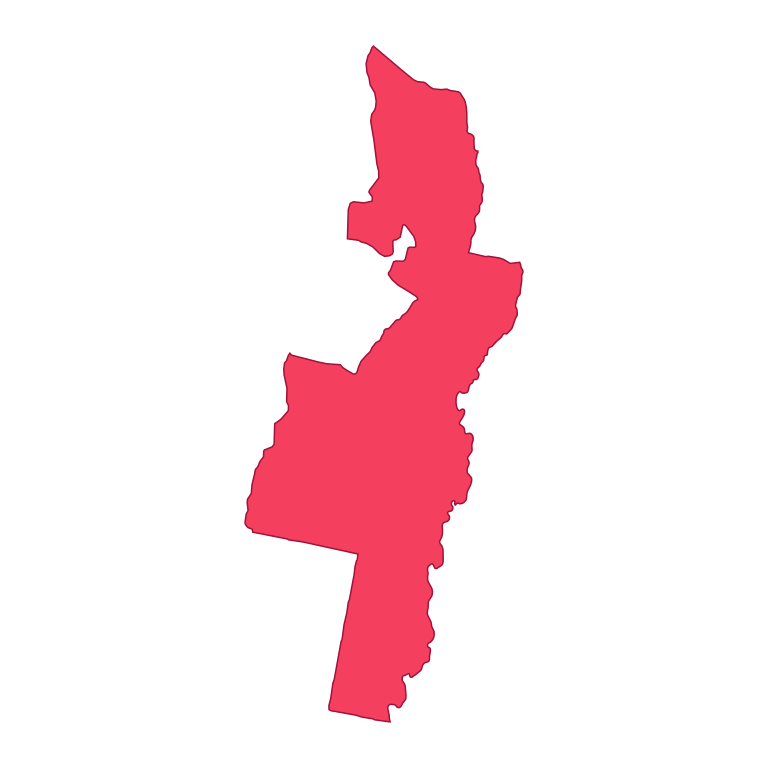 Patulul, Suchitepéquez, Guatemala (Natural Earth projection)
{"feature_id": "79465075B31102822949903", "entity_name": "Patulul", "entity_type": "district", "adm_level": 2, "iso_a3": "GTM", "parent_name": "Guatemala", "parent_adm1": "Suchitepéquez", "projection": "natural_earth1", "projection_center": [-91.15, 14.387], "detail": "fine", "context": "isolated", "style": "filled", "palette": "rose", "viewbox_px": 768, "rotation_deg": 0, "n_neighbors": 0, "source": "geoboundaries", "source_scale": "gbopen_adm2", "svg_char_len": 6097}
<svg xmlns="http://www.w3.org/2000/svg" viewBox="0 0 768 768"><path d="M390.1,721.9L389.4,718.6L389.0,714.3L387.8,708.9L387.8,707.4L388.2,705.9L389.3,704.7L390.1,704.4L391.6,704.3L394.3,704.7L395.5,705.1L397.0,707.1L398.1,707.6L399.5,707.5L400.6,706.8L401.1,706.1L402.9,702.9L405.4,699.6L405.9,698.4L406.0,695.1L405.2,685.9L404.6,684.1L402.5,680.9L402.3,679.9L402.2,678.1L402.6,676.5L403.5,675.7L405.6,675.1L408.1,673.7L409.2,673.9L409.7,675.8L410.3,677.0L411.3,677.3L412.2,677.1L416.6,673.9L420.6,670.5L421.4,669.3L422.6,665.2L423.7,663.7L424.6,662.9L427.7,661.9L428.7,661.3L429.4,660.1L429.6,655.7L430.3,651.8L430.4,649.8L430.2,648.5L429.3,647.6L428.3,647.2L427.5,646.2L427.6,645.0L427.9,643.6L429.2,642.7L430.3,642.3L431.9,640.7L433.0,639.1L433.9,636.9L434.2,634.2L434.1,632.0L433.8,630.9L431.8,626.7L431.0,622.0L427.7,615.2L427.3,613.5L427.4,611.2L428.1,607.6L428.3,602.4L428.6,601.2L429.1,600.2L431.9,595.8L432.4,593.3L432.5,591.5L432.1,589.3L431.5,587.8L428.5,582.4L427.7,580.3L427.6,576.5L428.0,573.7L428.0,572.5L427.5,570.0L427.7,567.6L428.7,566.1L429.7,565.2L431.0,564.2L432.0,563.8L433.1,564.5L434.6,567.6L435.2,568.5L436.5,568.6L440.9,565.8L442.2,564.6L442.7,563.6L443.2,561.1L443.0,549.6L442.6,547.9L441.9,546.1L440.0,543.5L439.7,542.3L439.8,540.9L441.7,537.0L442.5,533.7L442.5,529.3L442.2,525.8L442.3,524.8L442.9,523.5L444.0,522.4L447.3,521.4L448.4,520.6L449.2,519.5L449.5,517.8L449.5,516.4L448.0,514.1L447.5,512.7L448.5,511.6L451.2,511.0L452.2,510.2L452.7,509.3L452.9,508.0L452.8,506.8L451.6,505.0L451.4,504.0L451.5,502.7L452.1,501.5L453.1,500.8L454.2,500.7L454.9,501.5L454.6,504.1L455.2,505.0L457.2,503.2L458.4,503.2L459.7,503.8L461.7,503.5L462.7,503.2L463.8,502.5L465.1,501.2L466.0,500.1L466.5,498.7L466.9,493.2L467.5,491.2L470.5,485.2L471.6,481.3L471.7,479.3L471.5,478.0L469.5,475.3L467.5,473.2L467.2,472.2L467.1,470.4L467.2,468.8L469.0,464.0L469.1,463.0L468.8,461.3L468.2,460.3L467.6,458.7L467.8,457.1L471.7,451.6L472.1,450.0L471.8,445.4L472.1,443.3L473.1,440.5L473.2,438.0L472.9,436.5L472.2,435.0L471.1,433.8L469.5,433.2L466.5,433.8L465.5,433.7L464.8,432.5L464.4,429.0L463.5,427.2L461.5,425.5L459.6,424.3L459.4,423.1L459.7,422.2L463.2,416.4L464.0,414.7L464.6,411.9L464.5,410.4L463.8,409.4L462.7,409.1L461.5,409.4L459.5,410.8L458.4,410.3L457.5,408.9L456.7,407.1L456.0,403.0L456.1,398.4L456.5,396.6L457.3,394.3L459.0,392.0L460.3,391.5L461.2,392.5L462.4,393.1L464.3,393.2L466.2,392.8L467.2,392.3L467.8,391.6L468.8,388.8L469.1,386.4L470.2,384.5L471.3,383.5L472.4,383.0L473.0,381.8L473.3,380.4L474.2,379.6L476.5,379.4L477.5,378.8L478.1,377.6L478.8,375.4L478.9,373.7L477.2,370.4L477.0,369.6L477.3,368.2L478.4,367.5L479.7,366.2L481.3,363.1L483.3,361.0L483.7,360.1L484.1,356.5L484.9,355.6L486.0,355.4L487.2,354.8L487.9,349.9L488.6,348.2L489.4,347.4L491.8,346.5L492.4,346.0L496.6,341.3L500.1,338.4L501.8,336.5L503.0,334.4L504.0,333.6L506.5,333.9L507.3,333.4L511.5,328.9L512.3,327.6L515.3,318.8L517.2,315.3L517.3,313.5L516.8,308.7L515.9,307.5L515.6,306.0L515.6,304.9L517.4,297.3L519.8,294.6L520.1,293.6L520.5,289.2L521.7,280.9L521.7,275.5L522.9,272.3L523.0,271.2L522.5,269.8L521.7,268.6L521.1,267.3L520.6,264.6L519.7,262.3L510.3,263.4L503.5,259.4L499.6,258.0L488.5,256.3L485.5,256.6L468.5,252.7L470.6,245.3L470.9,242.6L470.9,240.1L471.5,237.7L473.5,234.6L475.1,231.2L475.6,228.3L475.6,225.8L474.6,221.2L474.6,218.7L474.9,217.3L475.6,216.2L478.1,213.4L478.9,212.2L479.5,210.9L479.6,209.5L479.6,205.8L480.0,205.0L481.4,203.1L482.3,200.8L482.2,197.7L481.8,195.1L481.9,193.9L482.6,192.4L482.8,191.1L483.2,187.0L483.1,185.1L482.5,183.8L481.4,182.6L480.9,181.7L480.4,179.5L480.0,174.9L479.0,172.7L478.4,169.0L477.9,167.9L476.4,165.7L476.0,164.5L475.7,162.4L475.9,159.2L476.5,157.5L476.9,154.7L477.9,152.3L477.9,151.1L477.1,151.2L475.3,150.3L474.4,148.9L473.9,143.0L474.0,138.8L473.9,137.2L473.3,136.1L472.5,135.1L471.5,134.4L468.1,133.1L467.3,132.1L467.0,130.7L467.6,127.2L466.9,122.9L466.8,113.3L466.2,106.5L465.1,101.7L464.3,99.6L460.3,93.2L458.7,91.9L453.8,91.0L450.7,90.7L446.9,89.1L441.1,89.6L433.5,88.9L430.4,87.3L425.6,83.1L423.6,82.2L417.6,81.7L413.4,79.7L400.5,69.1L373.4,46.1L371.9,47.8L370.2,52.5L368.0,55.8L366.1,63.7L367.0,72.6L368.9,77.3L370.2,85.0L374.8,92.9L376.2,101.1L375.6,107.4L374.6,110.1L371.7,114.4L370.7,121.2L373.9,140.0L376.9,163.9L378.6,171.0L378.8,177.9L369.5,190.2L368.9,192.0L370.6,194.8L372.3,196.8L372.1,201.1L364.1,202.9L353.4,201.8L350.3,203.3L348.3,209.4L347.4,238.8L358.6,240.3L361.1,241.9L366.6,243.4L372.9,247.0L379.7,253.7L384.7,256.4L389.8,255.7L392.4,254.0L393.2,251.7L392.8,241.5L394.1,240.0L396.2,239.8L400.2,237.2L402.7,225.4L403.8,224.7L404.9,225.0L406.4,226.4L413.8,236.4L415.6,241.6L415.8,246.5L414.7,247.3L409.5,247.2L408.0,248.1L405.3,259.3L403.4,261.2L395.6,261.0L393.6,261.8L390.4,270.4L388.6,272.6L388.4,274.5L392.2,279.8L398.3,285.3L409.1,291.8L416.0,296.3L417.5,298.1L417.7,299.5L414.5,301.2L412.9,302.6L410.0,307.5L407.4,311.5L405.2,313.7L403.4,314.7L402.1,315.8L400.4,318.6L399.6,319.3L398.6,319.7L396.6,320.0L395.6,320.7L392.7,324.2L391.3,325.6L390.6,326.8L388.8,328.4L385.4,329.1L384.0,330.7L383.9,332.1L383.4,333.8L381.5,336.7L380.9,338.5L379.7,340.6L375.8,342.7L372.0,347.7L370.9,350.2L369.7,352.2L366.7,354.9L363.7,358.4L361.8,360.3L360.9,361.6L358.6,366.9L357.2,371.4L356.6,372.7L355.5,373.7L353.9,374.1L353.1,373.9L347.3,370.6L342.8,367.6L340.2,364.7L326.9,363.8L317.9,361.9L291.4,355.1L289.9,353.2L288.5,355.1L286.3,361.1L284.5,363.1L283.8,369.0L284.1,374.9L287.0,388.3L286.6,401.5L288.5,405.7L288.3,410.7L280.9,419.3L274.7,423.7L274.1,444.3L272.1,446.9L264.5,449.9L263.7,451.1L263.5,456.8L259.8,461.7L257.9,466.6L255.3,469.7L254.6,473.9L252.0,484.7L251.3,493.5L247.5,499.2L247.2,503.2L248.1,510.5L246.2,514.2L245.0,522.4L245.5,524.7L247.9,527.5L252.3,529.3L252.8,532.2L287.5,539.0L288.5,539.8L303.1,542.0L357.9,554.0L357.2,560.0L356.4,561.1L355.0,566.8L354.1,574.6L349.4,599.7L348.2,602.7L346.8,612.9L344.0,624.8L342.1,639.4L341.1,641.5L334.2,679.6L332.9,683.1L330.7,698.7L328.9,705.6L329.0,709.6L330.9,710.7L356.0,715.2L361.7,717.0L373.2,718.9L374.6,719.8L390.1,721.9Z" fill="#f43f5e" stroke="#9f1239" stroke-width="1.5"/></svg>